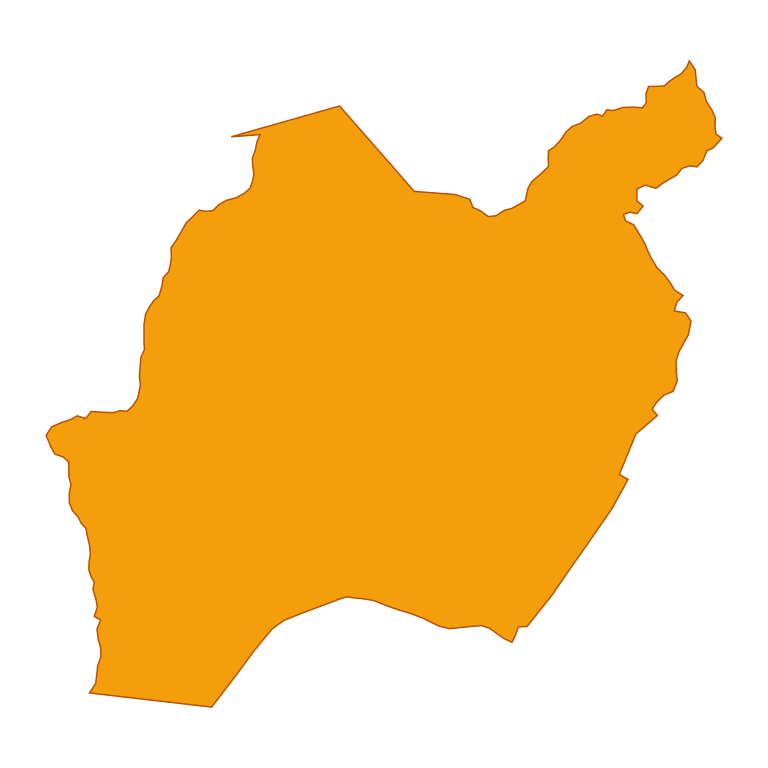 Pocinhos, Paraíba, Brazil
{"feature_id": "56859067B52062450709607", "entity_name": "Pocinhos", "entity_type": "district", "adm_level": 2, "iso_a3": "BRA", "parent_name": "Brazil", "parent_adm1": "Paraíba", "projection": "mercator", "projection_center": [-36.082, -7.057], "detail": "fine", "context": "isolated", "style": "filled", "palette": "amber", "viewbox_px": 768, "rotation_deg": 0, "n_neighbors": 0, "source": "geoboundaries", "source_scale": "gbopen_adm2", "svg_char_len": 2747}
<svg xmlns="http://www.w3.org/2000/svg" viewBox="0 0 768 768"><path d="M339.6,106.0L265.6,127.0L231.3,136.8L260.1,134.6L257.0,141.7L255.2,150.4L252.3,158.2L252.8,166.5L253.9,174.1L252.5,181.5L250.1,188.1L244.8,193.0L235.9,197.9L226.2,200.4L218.9,204.6L212.9,210.6L206.0,211.3L199.0,210.2L192.2,217.2L186.3,222.7L182.1,230.2L176.5,239.9L171.0,247.7L171.4,257.7L170.3,265.1L168.6,271.8L163.3,277.6L161.7,286.8L159.1,295.9L154.2,300.1L150.2,305.7L145.7,313.7L144.0,324.5L144.0,335.8L144.0,342.3L144.5,349.4L140.9,357.5L140.2,366.4L139.4,376.5L140.4,385.0L137.7,398.3L132.7,406.0L126.9,411.3L120.0,410.6L113.8,412.6L105.4,412.4L91.1,411.5L85.6,418.6L77.3,415.8L70.3,419.7L61.8,422.4L51.6,426.9L46.1,435.4L51.2,447.6L55.1,454.3L63.0,456.8L68.7,462.2L68.9,476.7L71.0,485.0L69.3,492.7L69.3,502.5L72.4,510.6L77.7,516.4L81.4,523.5L86.0,528.4L87.0,534.7L89.5,545.1L90.4,554.2L89.1,561.5L88.8,569.6L90.8,575.8L94.3,582.5L93.0,589.2L96.1,600.0L97.3,607.3L94.3,616.4L100.6,620.0L97.0,629.0L98.1,638.8L100.6,647.7L101.0,656.4L97.7,665.8L96.8,674.5L95.7,683.4L89.5,693.0L211.6,707.1L235.8,675.6L254.6,650.1L272.0,629.0L278.5,624.2L284.2,620.3L303.5,612.6L317.0,607.5L325.0,604.6L330.9,602.4L339.6,599.0L346.9,596.8L354.2,597.9L361.8,598.6L373.3,600.4L384.7,604.9L392.0,607.7L402.0,610.9L412.2,614.0L424.0,618.6L430.6,622.0L438.8,626.0L449.5,628.7L462.8,627.3L472.8,626.3L481.8,625.6L489.8,628.4L498.2,634.6L504.7,638.9L512.0,642.3L515.5,635.0L518.3,626.9L527.0,626.5L552.0,595.2L556.8,588.1L570.2,568.6L584.8,547.9L612.3,508.1L628.0,479.4L619.3,474.5L635.9,434.0L657.4,415.5L652.2,409.1L656.8,402.1L663.9,395.1L673.1,391.4L677.2,380.7L676.2,370.7L676.1,360.5L679.2,351.2L683.5,343.4L688.3,335.0L689.7,328.0L691.1,321.4L685.6,312.9L674.3,310.9L676.9,302.1L683.1,295.5L674.7,290.3L671.0,284.0L664.7,275.3L657.2,268.0L651.2,258.0L648.0,251.5L645.3,244.5L641.1,237.0L633.8,224.9L625.5,220.7L623.5,214.4L630.0,212.2L637.0,213.7L643.2,206.0L636.9,200.8L636.9,189.2L644.9,185.0L655.9,188.3L662.7,183.2L669.2,179.4L676.9,174.9L681.8,168.5L690.0,165.8L697.0,166.9L703.1,160.2L706.8,150.8L713.0,148.0L721.9,138.3L716.1,134.1L715.0,127.7L715.3,117.6L711.9,110.0L706.4,101.5L703.9,92.4L697.0,86.5L696.0,78.1L695.2,69.8L689.3,60.9L686.9,66.9L681.4,73.6L675.1,77.4L669.5,81.2L664.3,85.9L655.3,86.4L648.6,86.4L645.9,93.8L646.3,102.6L642.4,107.8L633.8,107.1L622.7,107.5L613.4,110.5L606.7,109.8L602.7,116.1L596.7,114.1L588.8,116.5L580.6,123.2L572.4,126.3L566.4,131.5L560.9,139.7L554.3,146.9L548.5,150.8L548.2,159.1L548.5,166.5L541.4,173.4L531.8,181.5L527.9,188.6L525.2,200.8L517.5,205.3L511.7,208.4L504.0,210.5L496.0,215.8L488.2,216.5L480.1,210.6L472.9,207.5L469.8,199.3L455.0,194.5L414.2,191.4L395.0,169.3L339.6,106.0Z" fill="#f59e0b" stroke="#b45309" stroke-width="1.5"/></svg>